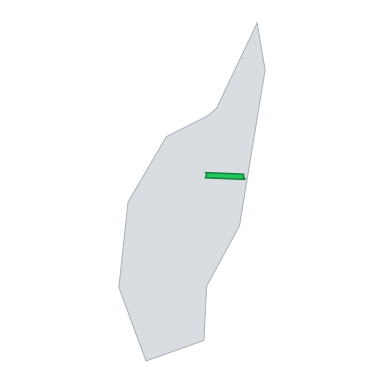 Ngersngai, Ngiwal, Palau (highlighted)
{"feature_id": "81905179B24146808409811", "entity_name": "Ngersngai", "entity_type": "district", "adm_level": 2, "iso_a3": "PLW", "parent_name": "Palau", "parent_adm1": "Ngiwal", "projection": "mercator", "projection_center": [134.633, 7.553], "detail": "fine", "context": "in_parent", "style": "filled", "palette": "green", "viewbox_px": 384, "rotation_deg": 0, "n_neighbors": 0, "source": "geoboundaries", "source_scale": "gbopen_adm2", "svg_char_len": 756}
<svg xmlns="http://www.w3.org/2000/svg" viewBox="0 0 384 384"><path d="M203.9,340.4L146.0,361.0L118.9,287.5L128.0,202.2L166.3,136.7L208.0,115.7L216.6,108.2L257.1,23.0L265.1,70.0L239.5,225.7L206.6,286.3L203.9,340.4Z" fill="#d9dde1" stroke="#a8b0b8" stroke-width="1"/><path d="M205.4,177.8L244.5,179.4L244.6,179.2L244.8,178.8L244.8,178.7L244.9,178.4L244.8,178.2L244.7,178.2L244.6,178.3L244.4,178.4L244.2,178.3L244.0,178.2L243.9,178.0L243.9,177.9L243.8,177.6L243.8,177.4L243.8,177.1L243.7,176.9L243.7,176.6L243.7,176.4L243.7,176.1L243.7,175.9L243.6,175.6L243.6,175.4L243.6,175.2L243.6,174.9L243.6,174.6L243.6,174.4L243.6,174.2L238.0,173.9L205.7,172.6L206.4,173.7L206.4,174.8L206.0,176.5L205.4,177.8Z" fill="#22c55e" stroke="#15803d" stroke-width="1.5"/></svg>